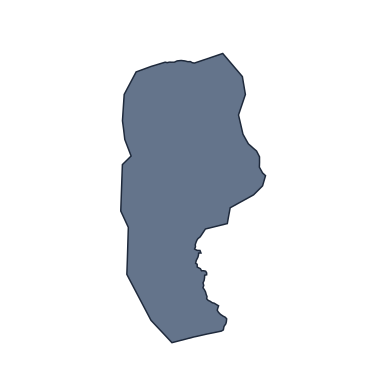 outline of Curral Novo do Piauí, Piauí, Brazil, rotated 54°
{"feature_id": "56859067B3641646794779", "entity_name": "Curral Novo do Piauí", "entity_type": "district", "adm_level": 2, "iso_a3": "BRA", "parent_name": "Brazil", "parent_adm1": "Piauí", "projection": "robinson", "projection_center": [-40.704, -7.883], "detail": "fine", "context": "isolated", "style": "filled", "palette": "slate", "viewbox_px": 384, "rotation_deg": 54, "n_neighbors": 0, "source": "geoboundaries", "source_scale": "gbopen_adm2", "svg_char_len": 1470}
<svg xmlns="http://www.w3.org/2000/svg" viewBox="0 0 384 384"><g transform="rotate(54 192 192)"><path d="M302.1,296.8L310.4,275.6L311.5,273.2L315.6,263.6L318.5,257.3L321.8,250.0L322.0,247.7L319.6,245.2L318.5,242.1L317.2,240.5L315.0,238.5L312.9,238.7L310.7,239.8L307.7,240.9L304.8,241.3L302.5,241.1L301.1,239.4L299.7,237.4L297.6,238.3L295.0,239.4L293.5,240.7L291.2,241.5L289.2,242.6L287.0,242.9L285.4,241.3L283.4,240.8L280.8,239.8L278.2,239.4L275.9,239.4L274.5,237.4L272.0,236.5L270.6,234.1L268.8,232.3L266.8,230.7L267.6,228.8L266.1,227.7L264.1,227.5L262.5,228.9L261.3,230.6L259.0,230.3L255.8,231.9L253.5,230.3L251.8,231.0L249.9,228.8L248.2,225.5L246.8,223.8L245.3,222.6L246.6,220.6L244.0,219.9L242.1,222.3L239.6,223.4L238.4,221.4L236.6,220.4L235.4,218.8L234.0,216.6L233.2,214.6L233.1,211.8L232.1,209.0L230.9,205.8L229.8,202.9L238.3,182.0L233.1,176.6L229.7,173.0L227.2,170.4L228.5,159.9L230.5,143.9L228.5,131.3L222.0,122.9L218.0,123.7L211.5,122.9L207.8,120.0L203.2,116.7L196.8,115.7L192.5,116.7L186.2,118.1L182.6,117.7L175.2,116.8L159.6,110.2L157.0,109.1L144.5,91.5L128.2,83.4L98.0,85.7L89.1,114.3L87.4,115.9L85.6,116.6L84.1,118.8L81.8,120.7L79.2,123.5L77.2,127.0L76.6,130.0L75.1,132.1L73.6,134.0L72.8,136.0L71.2,137.4L66.4,151.2L62.0,166.6L73.2,189.5L93.5,206.4L101.1,210.5L110.0,215.5L127.1,220.1L128.9,232.2L165.5,260.8L183.2,264.3L208.9,284.2L220.3,293.1L224.2,293.7L271.7,300.6L293.0,297.9L302.1,296.8Z" fill="#64748b" stroke="#1e293b" stroke-width="1.5"/></g></svg>